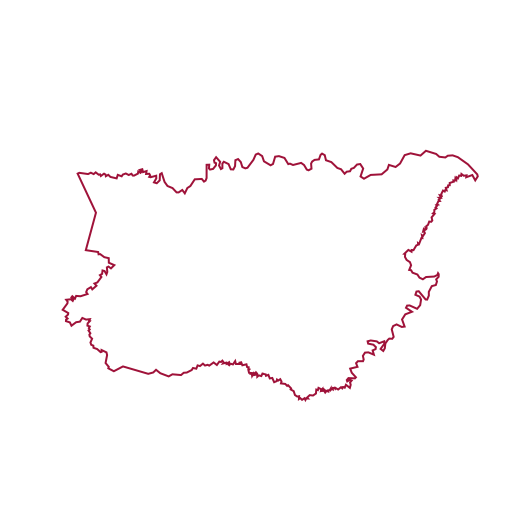 Puerto López, Meta, Colombia (Robinson projection), rotated 15°
{"feature_id": "7082276B57935964838020", "entity_name": "Puerto López", "entity_type": "district", "adm_level": 2, "iso_a3": "COL", "parent_name": "Colombia", "parent_adm1": "Meta", "projection": "robinson", "projection_center": [-72.727, 4.039], "detail": "fine", "context": "isolated", "style": "outline", "palette": "rose", "viewbox_px": 512, "rotation_deg": 15, "n_neighbors": 0, "source": "geoboundaries", "source_scale": "gbopen_adm2", "svg_char_len": 6128}
<svg xmlns="http://www.w3.org/2000/svg" viewBox="0 0 512 512"><g transform="rotate(15 256 256)"><path d="M132.9,205.5L131.6,204.2L128.6,205.2L128.3,202.3L125.2,204.2L123.7,201.6L121.5,202.9L123.6,204.2L122.9,205.6L120.4,204.8L120.6,207.0L117.4,209.9L116.1,210.2L114.4,208.8L112.1,210.7L108.9,210.0L106.3,211.8L105.6,213.8L101.5,213.4L101.3,217.1L94.9,217.3L92.3,215.8L90.3,217.8L89.6,216.3L87.9,215.8L85.4,218.9L84.3,217.5L83.0,218.2L79.5,216.7L78.0,218.9L74.9,218.3L72.6,220.3L63.8,221.4L62.4,222.6L90.2,255.6L90.1,294.4L102.5,293.0L103.5,295.1L105.0,294.5L109.8,296.4L114.3,296.2L115.6,300.6L121.5,301.5L119.1,305.5L116.2,304.4L114.9,305.6L116.5,309.9L116.3,312.4L113.6,309.7L111.5,309.7L112.0,313.1L110.2,314.9L112.1,316.3L109.6,322.6L107.1,324.4L109.6,326.0L106.5,330.6L104.6,328.8L101.7,331.8L101.3,334.8L103.1,336.3L96.9,340.3L92.6,341.1L92.2,344.0L89.0,342.4L88.4,343.8L90.9,345.2L90.6,346.8L88.4,345.7L84.0,347.4L85.9,348.9L86.1,350.6L83.2,358.0L89.4,359.7L89.6,361.2L87.9,363.9L90.2,365.2L89.0,366.6L89.3,368.1L93.4,368.3L95.8,371.1L99.4,366.5L102.9,365.0L104.3,360.8L108.3,361.4L111.9,360.0L111.6,361.7L112.4,361.8L110.8,364.7L111.2,366.9L113.7,367.1L113.2,369.0L114.4,370.0L113.5,371.3L116.0,373.5L115.4,375.1L116.2,376.7L119.1,378.3L118.5,382.4L119.8,384.4L122.1,384.7L122.8,386.7L126.7,387.0L130.8,389.1L131.7,388.5L131.2,386.8L136.5,387.8L137.8,390.2L138.4,398.3L142.5,401.2L142.4,402.7L148.5,404.1L156.1,397.1L182.4,397.7L186.9,395.1L188.9,391.8L193.9,394.0L202.8,394.9L205.9,391.9L214.4,390.4L216.4,387.5L219.3,386.5L223.4,382.8L224.1,380.5L227.5,380.3L227.9,376.8L230.4,376.8L232.6,373.7L235.1,375.0L237.5,373.6L239.2,374.0L242.6,369.8L246.4,371.4L247.9,367.5L249.7,367.4L250.6,365.8L252.4,367.2L252.0,368.3L254.9,366.7L255.4,367.8L257.4,365.7L258.0,367.5L257.3,367.9L258.4,368.4L259.2,366.6L261.8,366.7L263.1,362.9L264.5,365.5L268.4,364.5L267.7,363.3L269.2,362.5L271.1,365.1L274.8,363.1L276.1,365.5L277.7,365.4L277.8,367.1L278.9,367.2L278.3,368.4L279.5,370.6L281.9,370.2L281.4,371.2L282.6,371.2L283.3,372.8L284.2,369.4L285.2,369.8L285.1,371.4L286.7,370.6L285.7,369.8L286.1,368.4L287.6,369.4L288.5,372.3L289.6,370.6L292.2,370.6L292.8,367.1L293.1,368.0L296.1,367.9L296.7,369.1L298.7,367.6L301.0,370.7L303.3,369.6L306.2,373.2L308.4,371.5L308.3,369.9L309.8,370.5L311.3,368.7L313.1,370.6L313.1,372.6L317.4,372.0L319.7,373.4L320.4,372.5L324.2,374.8L324.0,375.9L327.4,376.8L329.6,380.2L332.2,381.1L333.9,380.3L334.5,383.0L335.5,381.8L337.7,383.0L339.7,380.8L341.0,382.3L341.4,380.6L343.1,380.2L342.0,379.5L343.9,376.5L347.2,376.0L349.5,373.3L348.8,369.4L350.5,369.5L350.5,367.2L353.5,367.8L353.6,368.7L354.3,367.5L354.5,369.3L355.4,369.0L355.4,366.9L357.9,368.1L357.1,369.0L358.2,370.0L359.1,368.0L360.8,368.2L360.4,367.1L361.9,366.5L362.5,364.6L362.9,366.0L363.7,364.6L364.8,365.0L364.5,363.5L366.2,363.2L365.5,362.1L367.0,363.8L367.4,363.0L369.9,363.7L372.1,360.7L373.5,361.5L373.8,360.1L375.4,359.7L375.7,361.1L376.2,357.1L380.8,359.1L380.8,355.9L379.6,353.8L380.6,351.6L378.6,351.4L376.6,353.5L375.8,352.3L376.9,350.0L383.2,348.6L383.9,347.3L378.7,344.0L376.1,340.4L382.7,336.8L380.4,333.6L381.7,331.2L386.6,329.9L386.8,328.1L385.1,324.8L386.3,321.1L389.5,320.0L395.4,320.8L393.1,317.0L395.6,315.0L395.4,313.0L392.4,311.3L387.0,311.6L385.9,309.5L388.7,307.9L394.8,307.2L397.5,308.4L401.9,305.2L402.6,307.7L400.4,313.5L403.5,314.8L404.3,311.8L403.6,307.0L405.0,303.0L406.1,301.3L409.0,300.7L409.9,298.5L406.1,291.7L406.6,288.2L409.5,285.7L415.2,286.8L417.8,285.7L413.5,279.5L415.3,273.7L421.1,269.5L414.3,267.2L414.8,264.8L417.2,264.0L425.3,265.3L427.3,261.0L426.7,255.3L424.5,252.9L420.0,252.2L420.2,248.8L422.3,247.9L431.1,254.1L432.6,253.8L433.2,249.5L432.2,245.9L433.6,239.6L437.2,237.5L437.4,233.8L436.1,231.9L437.8,228.8L437.2,226.3L436.3,225.5L436.1,227.4L433.5,229.7L425.7,232.3L423.2,235.3L419.5,234.6L416.7,232.1L411.5,231.6L409.5,229.6L407.6,229.8L408.2,224.8L406.3,222.1L402.5,220.8L400.1,218.3L399.6,215.4L398.7,215.5L401.6,210.7L405.1,211.6L404.8,209.9L406.6,209.6L408.1,204.3L409.7,203.1L409.2,201.7L410.4,202.2L411.1,195.9L412.1,195.7L410.9,193.0L412.1,193.5L413.2,190.2L412.0,188.7L411.1,189.2L411.1,186.5L412.4,187.2L413.4,186.1L412.4,184.6L413.4,184.5L412.8,183.1L414.1,181.3L414.4,177.9L416.4,177.6L417.1,176.1L415.6,173.2L417.6,169.1L416.0,169.0L416.9,167.6L416.3,165.3L418.0,163.3L416.9,162.7L417.8,160.8L417.0,160.2L418.4,159.4L417.4,159.0L418.0,155.8L419.3,155.3L418.0,154.3L419.0,152.9L417.9,152.4L419.7,151.9L417.9,149.8L419.7,149.8L418.9,148.4L419.7,144.4L421.6,144.9L421.8,143.2L423.1,143.2L421.7,141.0L423.6,139.9L423.3,138.1L424.8,137.5L424.2,135.3L427.8,133.0L427.1,131.9L428.8,131.5L428.5,129.4L429.8,130.5L429.4,128.1L431.0,128.7L431.4,125.7L433.4,125.5L433.2,123.6L435.9,124.7L438.5,123.6L438.7,125.5L444.0,121.8L448.2,126.2L449.6,121.7L448.6,119.9L437.0,112.6L425.4,108.3L419.9,107.9L415.3,109.5L413.4,111.8L407.4,112.7L403.6,110.8L392.9,110.4L388.9,116.4L378.8,116.8L373.5,120.1L371.2,129.4L367.8,133.9L360.8,133.6L360.5,138.4L356.2,144.6L345.8,148.0L340.3,153.4L336.4,152.1L336.9,143.8L332.9,140.2L329.9,141.5L327.7,145.6L325.5,147.1L324.9,149.8L321.8,151.1L320.3,153.6L315.7,150.2L311.8,149.9L304.5,145.8L298.8,145.4L296.3,140.8L293.3,140.0L292.2,141.6L291.8,146.4L287.7,148.0L285.8,150.2L285.3,152.5L287.0,157.3L284.6,159.6L282.7,159.4L278.9,155.7L275.5,154.4L268.2,158.5L264.9,158.0L263.4,158.9L258.1,153.9L252.3,153.6L248.8,155.1L248.6,162.7L246.6,164.6L239.2,162.5L236.1,157.9L231.6,156.4L229.5,158.1L228.6,163.8L224.9,173.0L223.0,174.1L219.8,173.6L217.0,169.2L213.6,167.0L211.3,168.8L212.5,174.6L211.7,178.3L209.2,178.8L205.7,174.3L200.5,173.3L199.6,175.4L200.8,179.9L199.6,181.1L196.9,178.2L197.0,174.3L191.9,170.9L190.6,174.3L191.8,176.6L193.4,176.7L193.8,178.9L192.0,183.0L189.2,184.4L187.9,183.6L187.2,179.9L184.7,180.7L188.1,193.5L187.8,196.2L186.5,197.6L183.7,195.6L177.0,197.8L174.5,205.4L172.1,208.1L171.0,213.9L167.7,211.3L164.8,214.6L162.8,215.1L157.8,212.0L152.4,211.3L148.5,208.1L143.5,200.4L142.1,201.9L143.4,207.9L141.3,211.4L138.4,211.3L139.6,206.8L138.8,204.3L133.8,207.2L132.4,207.2L132.9,205.5Z" fill="none" stroke="#9f1239" stroke-width="2"/></g></svg>